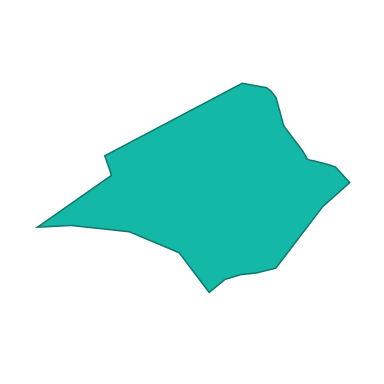 map outline of Christ Church (Albers equal-area conic projection), rotated 353°
{"feature_id": "BRB-1989", "entity_name": "Christ Church", "entity_type": "Parish", "adm_level": 1, "iso_a3": "BRB", "parent_name": "Barbados", "parent_adm1": "", "projection": "albers", "projection_center": [-59.519, 13.09], "detail": "fine", "context": "isolated", "style": "filled", "palette": "teal", "viewbox_px": 384, "rotation_deg": 353, "n_neighbors": 0, "source": "natural_earth", "source_scale": "10m", "svg_char_len": 515}
<svg xmlns="http://www.w3.org/2000/svg" viewBox="0 0 384 384"><g transform="rotate(353 192 192)"><path d="M349.7,201.9L319.9,222.5L265.9,277.8L246.0,280.2L229.8,280.0L214.1,282.8L196.8,293.8L171.9,250.8L125.1,223.9L68.1,210.5L34.3,208.1L112.8,166.3L113.9,166.2L113.6,162.7L109.8,145.4L255.1,90.2L278.8,97.6L282.6,101.4L286.9,108.4L291.0,136.7L291.7,138.7L306.6,164.3L309.8,171.5L309.7,172.6L312.2,174.5L316.4,175.8L330.9,181.5L337.4,184.7L349.7,201.9Z" fill="#14b8a6" stroke="#0f766e" stroke-width="1.5"/></g></svg>